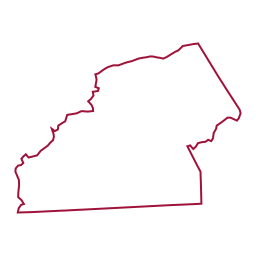 Cumaru, Pernambuco, Brazil
{"feature_id": "56859067B93375243581372", "entity_name": "Cumaru", "entity_type": "district", "adm_level": 2, "iso_a3": "BRA", "parent_name": "Brazil", "parent_adm1": "Pernambuco", "projection": "orthographic", "projection_center": [-35.732, -8.029], "detail": "fine", "context": "isolated", "style": "outline", "palette": "rose", "viewbox_px": 256, "rotation_deg": 0, "n_neighbors": 0, "source": "geoboundaries", "source_scale": "gbopen_adm2", "svg_char_len": 1390}
<svg xmlns="http://www.w3.org/2000/svg" viewBox="0 0 256 256"><path d="M201.4,203.7L201.0,187.0L200.5,171.7L197.1,165.3L187.4,146.3L190.1,145.4L193.3,149.0L195.8,146.7L198.0,143.1L202.2,142.1L205.4,141.8L208.2,139.8L211.2,141.1L213.0,138.4L213.7,133.0L216.1,128.8L216.7,125.6L219.8,123.5L224.3,120.2L227.4,117.7L230.6,117.7L236.9,120.6L238.7,118.4L240.6,113.3L239.6,109.6L226.5,89.4L222.6,83.2L220.6,80.1L218.1,76.2L198.1,43.5L193.2,44.1L188.0,45.1L182.8,46.0L178.3,50.4L175.2,51.8L170.9,54.4L168.4,56.0L165.9,57.4L163.3,58.6L159.9,57.8L156.8,57.4L153.6,56.6L150.2,56.4L146.8,57.2L142.4,57.8L138.8,58.5L131.9,61.1L126.2,62.5L118.5,65.3L113.4,65.3L109.1,66.7L106.5,67.8L102.5,70.4L98.5,73.4L95.4,74.3L96.6,79.6L95.3,86.9L98.8,88.3L97.9,91.0L92.8,91.8L93.5,95.5L90.8,99.1L88.2,101.3L91.4,104.8L92.9,107.9L93.1,111.0L87.9,111.6L81.5,111.1L76.8,113.3L71.5,114.2L67.2,114.9L65.2,121.3L61.5,123.5L58.3,125.6L57.9,129.4L54.9,131.1L51.8,128.8L53.5,133.9L53.9,136.8L53.0,140.3L50.6,142.3L48.0,145.4L43.5,148.8L40.7,150.8L37.1,155.4L31.9,156.7L28.6,157.5L25.8,154.3L23.3,156.5L21.4,158.8L23.3,163.0L20.9,165.1L18.1,165.6L15.7,168.4L15.4,171.7L18.9,179.9L19.1,185.2L18.3,192.7L18.2,197.2L21.4,200.0L23.9,204.0L21.2,204.8L18.7,208.2L17.8,212.5L31.7,212.1L60.5,210.7L64.0,210.6L78.7,209.8L81.5,209.7L134.2,207.0L169.0,205.2L192.1,204.2L201.4,203.7Z" fill="none" stroke="#9f1239" stroke-width="2"/></svg>